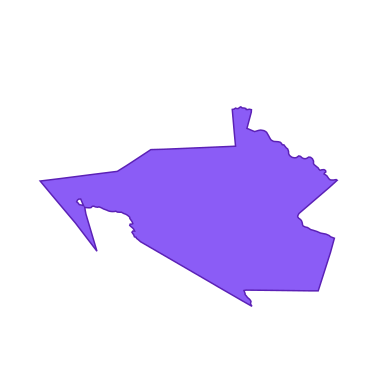 Coroatá, Maranhão, Brazil (Equal Earth projection), rotated 105°
{"feature_id": "56859067B50096291578715", "entity_name": "Coroatá", "entity_type": "district", "adm_level": 2, "iso_a3": "BRA", "parent_name": "Brazil", "parent_adm1": "Maranhão", "projection": "equal_earth", "projection_center": [-44.19, -4.166], "detail": "fine", "context": "isolated", "style": "filled", "palette": "violet", "viewbox_px": 384, "rotation_deg": 105, "n_neighbors": 0, "source": "geoboundaries", "source_scale": "gbopen_adm2", "svg_char_len": 2603}
<svg xmlns="http://www.w3.org/2000/svg" viewBox="0 0 384 384"><g transform="rotate(105 192 192)"><path d="M161.7,242.7L177.9,257.1L183.8,262.4L191.4,269.5L200.7,292.4L207.1,308.0L213.0,322.4L220.7,341.5L230.8,327.2L244.9,307.0L252.2,296.5L262.0,283.8L273.8,268.5L240.7,288.8L234.7,291.6L234.2,288.7L233.8,286.9L233.2,285.5L231.6,284.6L231.1,283.1L231.4,281.5L231.1,279.0L230.4,278.1L230.7,275.6L231.0,274.2L231.3,273.0L231.4,271.5L231.6,269.5L231.9,267.9L231.9,266.2L231.6,264.1L231.0,262.1L230.3,260.6L230.7,258.9L230.3,256.8L229.8,254.9L230.4,252.6L230.6,250.2L231.1,248.5L231.7,247.1L232.5,245.6L233.6,245.2L234.6,244.1L235.7,242.7L236.5,241.9L237.9,241.0L238.7,242.0L239.0,243.4L240.4,243.5L241.2,242.0L242.0,240.2L242.9,238.8L244.6,237.3L245.1,239.1L246.4,239.6L247.5,238.4L248.4,237.3L250.2,236.0L250.2,234.3L251.1,233.6L252.0,231.5L253.4,228.7L256.8,216.1L269.5,169.2L273.5,154.4L277.1,141.3L281.8,123.7L284.3,114.5L286.9,104.5L285.4,106.1L284.3,106.7L282.7,106.6L281.7,107.3L280.6,108.8L280.1,110.0L279.4,111.3L278.3,112.7L277.4,114.1L276.2,114.5L275.0,115.4L273.7,116.3L272.8,114.5L267.7,94.7L262.8,75.5L257.1,53.1L256.6,51.2L254.8,44.5L242.0,43.9L214.5,42.6L199.8,42.5L199.4,46.4L198.5,48.4L198.0,51.7L198.4,57.2L197.8,61.1L197.7,63.1L197.6,65.2L197.6,67.6L196.9,69.6L196.4,71.3L196.5,73.4L196.1,75.8L195.0,76.8L193.7,77.3L192.5,78.0L191.2,79.0L190.3,80.5L189.7,82.2L188.6,83.5L187.4,83.7L186.4,83.4L185.2,83.2L180.5,80.0L151.8,60.4L143.1,54.8L142.7,56.0L143.8,58.4L144.2,59.8L144.5,61.6L143.7,63.3L142.5,64.7L141.4,66.0L140.8,67.7L140.4,69.1L139.2,68.9L138.0,67.9L136.7,68.6L136.2,70.3L136.9,72.3L137.9,73.9L137.0,75.5L136.1,76.3L135.3,78.1L134.0,81.0L133.1,82.0L130.7,82.6L128.7,84.3L127.8,86.4L128.0,88.2L128.8,89.0L129.7,89.8L130.4,90.9L130.8,92.6L130.5,94.5L129.5,96.4L129.5,98.2L131.7,100.0L132.4,101.6L132.6,103.5L132.5,104.8L131.8,106.5L131.1,107.6L129.9,108.6L127.7,109.3L125.7,110.7L124.9,112.5L123.5,114.4L122.7,115.4L123.0,117.0L121.8,118.3L121.1,119.6L121.1,121.6L121.5,123.7L122.0,126.2L121.4,128.8L120.6,129.9L119.2,131.3L118.0,132.4L116.3,134.1L115.1,135.3L114.5,136.6L114.1,138.4L114.2,139.8L114.4,141.7L115.2,143.5L117.4,147.1L117.2,149.1L116.5,153.8L116.4,155.4L114.3,155.4L99.5,155.4L97.1,155.9L97.2,158.1L98.0,159.6L98.3,161.0L97.4,161.6L97.4,163.4L97.8,165.3L97.1,166.9L98.0,167.9L99.4,168.9L99.8,170.1L99.7,171.7L101.0,172.7L101.8,174.5L123.8,166.5L136.5,161.8L145.5,190.4L158.1,230.6L161.7,242.7ZM233.3,293.2L233.2,295.5L233.4,297.6L232.2,299.0L231.3,300.9L229.4,300.5L228.2,299.6L227.6,297.7L233.3,293.2Z" fill="#8b5cf6" stroke="#5b21b6" stroke-width="1.5"/></g></svg>